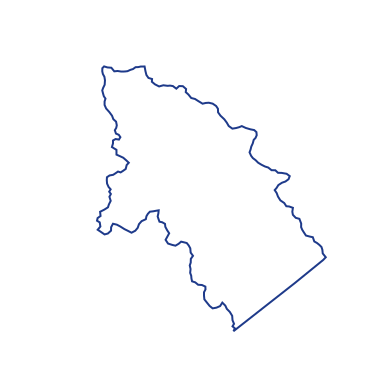 outline of Sumidouro, Rio de Janeiro, Brazil, rotated 127°
{"feature_id": "56859067B1931202868426", "entity_name": "Sumidouro", "entity_type": "district", "adm_level": 2, "iso_a3": "BRA", "parent_name": "Brazil", "parent_adm1": "Rio de Janeiro", "projection": "robinson", "projection_center": [-42.662, -22.118], "detail": "fine", "context": "isolated", "style": "outline", "palette": "blue", "viewbox_px": 384, "rotation_deg": 127, "n_neighbors": 0, "source": "geoboundaries", "source_scale": "gbopen_adm2", "svg_char_len": 3065}
<svg xmlns="http://www.w3.org/2000/svg" viewBox="0 0 384 384"><g transform="rotate(127 192 192)"><path d="M163.6,45.9L162.4,50.6L159.7,53.1L158.0,55.5L157.6,58.4L157.5,61.4L157.9,64.6L155.4,68.3L156.7,71.1L158.2,74.8L156.8,78.7L155.8,81.3L154.4,83.7L151.5,85.8L148.8,90.1L150.2,93.6L149.5,97.7L147.4,100.0L143.9,101.9L145.1,105.7L146.6,108.1L145.3,111.7L145.5,116.4L143.9,120.6L141.9,123.7L140.7,127.1L137.9,126.9L134.5,127.2L130.4,125.7L127.4,123.7L123.7,122.6L120.5,123.5L120.5,127.4L122.8,131.9L124.9,134.9L124.5,138.5L126.7,141.6L126.6,145.9L127.7,149.0L128.4,152.8L128.8,156.8L128.3,160.4L128.3,163.8L127.5,166.6L125.7,169.9L122.8,170.8L120.0,172.0L116.7,172.7L113.2,174.1L110.6,173.8L107.7,174.5L105.4,176.6L105.1,179.6L106.8,183.1L108.5,187.6L109.4,191.9L111.8,193.3L114.4,195.3L117.1,197.9L117.2,202.4L115.7,205.9L114.5,209.9L113.9,215.2L112.7,219.1L109.9,221.4L108.8,224.5L109.0,228.7L110.6,232.3L112.6,234.6L115.1,236.7L115.6,241.7L115.9,245.6L117.4,249.2L116.3,253.6L116.0,257.1L113.3,258.7L113.0,263.0L115.1,266.0L118.9,266.7L118.9,271.0L120.2,273.5L121.9,275.4L124.0,279.1L127.5,281.8L128.3,286.4L128.1,290.4L125.8,291.9L127.1,295.4L126.0,298.8L123.5,301.9L120.3,305.4L122.6,308.4L124.6,310.1L126.3,312.2L129.3,313.1L131.5,314.7L134.3,316.2L136.2,318.2L138.4,321.0L140.1,324.2L142.4,326.7L141.3,331.2L143.4,334.5L144.6,337.8L147.1,338.1L149.6,336.3L151.4,334.2L152.7,331.3L155.2,328.7L158.9,326.3L162.4,325.6L164.9,324.8L166.8,322.4L168.6,320.0L169.5,317.3L172.3,316.3L175.1,314.2L177.0,310.8L177.9,306.2L179.2,301.8L181.2,298.6L181.5,295.0L184.0,292.2L186.4,291.1L189.1,290.8L191.1,287.9L190.4,284.9L191.3,282.2L194.1,281.9L195.7,284.9L198.4,286.1L200.8,284.3L204.3,283.0L203.8,277.7L207.6,274.8L206.7,270.9L206.0,267.5L206.3,263.4L206.7,260.1L209.8,260.4L213.5,258.8L216.9,259.9L219.3,260.8L220.2,263.4L223.2,264.4L225.7,265.3L228.4,267.8L231.4,268.8L233.8,267.2L236.4,264.9L238.2,261.6L238.8,258.6L241.6,258.3L242.4,255.6L245.5,255.1L248.0,251.6L251.9,250.9L254.8,249.9L258.8,251.4L263.1,253.5L266.2,250.6L269.6,251.7L272.1,250.6L271.8,247.4L274.7,244.4L278.9,244.6L278.7,241.1L278.5,236.3L275.8,234.2L271.6,233.4L268.8,235.4L264.9,236.0L263.3,232.3L262.7,228.4L262.3,223.6L261.6,219.9L260.9,215.8L257.1,214.0L253.3,213.8L249.6,215.0L245.6,214.7L241.5,212.5L238.8,213.8L236.0,214.1L233.1,213.8L230.8,211.4L228.5,209.3L226.7,207.6L229.3,206.0L232.2,204.7L233.8,202.4L235.3,200.1L234.1,197.6L233.7,194.4L235.9,192.3L237.5,188.8L238.7,185.4L242.0,184.9L246.1,184.3L247.6,180.1L246.1,175.8L244.8,172.9L241.4,171.5L238.2,170.8L237.0,168.1L235.9,165.5L236.7,162.4L238.0,159.5L241.2,156.6L242.4,152.8L246.1,152.7L249.2,150.5L252.0,149.6L254.4,146.8L257.7,144.8L259.3,142.3L261.3,140.5L263.3,138.2L262.2,135.0L262.4,131.3L260.3,128.1L259.5,124.4L261.7,122.6L264.8,122.1L267.6,120.0L270.3,117.5L271.5,112.9L272.4,109.3L272.5,105.5L269.7,102.9L266.2,100.9L262.1,101.2L262.7,97.0L264.4,93.8L265.0,89.7L266.7,85.4L270.0,82.5L272.0,79.1L274.9,78.8L275.1,75.7L278.2,75.1L202.9,55.1L167.2,46.3L163.6,45.9Z" fill="none" stroke="#1e3a8a" stroke-width="2"/></g></svg>